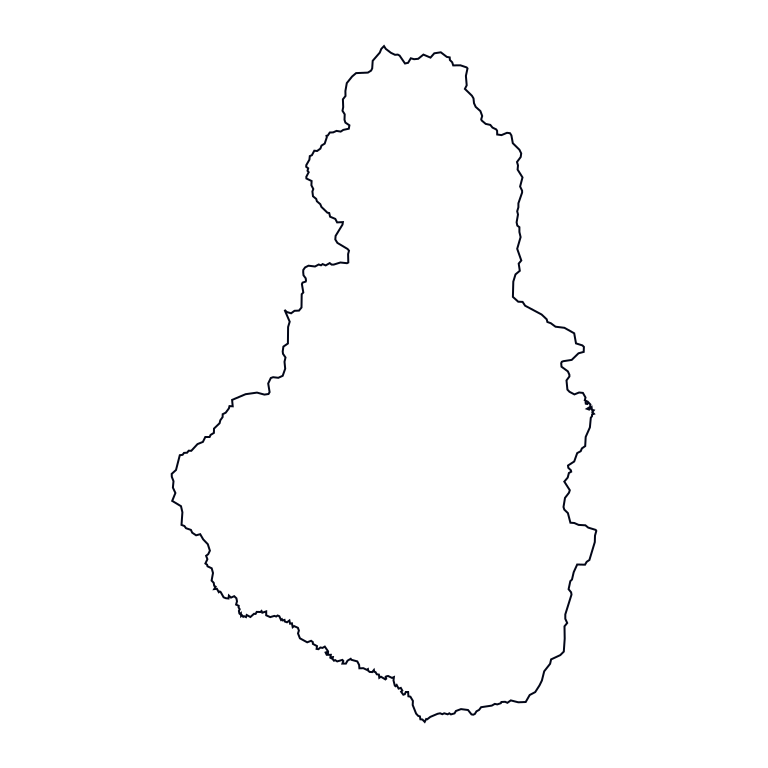 the district of Mae Suai, Chiang Rai, Thailand
{"feature_id": "78962969B62426032624456", "entity_name": "Mae Suai", "entity_type": "district", "adm_level": 2, "iso_a3": "THA", "parent_name": "Thailand", "parent_adm1": "Chiang Rai", "projection": "natural_earth1", "projection_center": [99.446, 19.72], "detail": "fine", "context": "isolated", "style": "outline", "palette": "ink", "viewbox_px": 768, "rotation_deg": 0, "n_neighbors": 0, "source": "geoboundaries", "source_scale": "gbopen_adm2", "svg_char_len": 6087}
<svg xmlns="http://www.w3.org/2000/svg" viewBox="0 0 768 768"><path d="M213.0,573.0L211.6,580.6L213.7,582.8L214.2,585.8L215.6,586.7L214.2,589.1L216.9,588.8L218.8,592.2L219.8,591.5L220.7,592.1L223.6,597.3L225.8,598.2L228.5,598.5L228.9,595.6L231.0,597.6L234.2,596.2L236.4,598.3L237.0,601.3L236.1,604.6L238.7,605.8L238.6,607.5L239.7,609.2L238.9,610.9L239.4,613.5L240.1,614.1L240.9,613.3L241.1,616.1L242.0,615.3L243.2,616.8L244.0,616.2L246.0,617.1L246.7,615.0L250.4,617.0L254.0,613.8L255.6,613.9L256.7,611.9L260.4,612.0L261.5,611.0L262.3,612.7L266.2,611.4L266.2,615.3L270.2,617.1L274.4,615.9L276.2,616.5L277.6,615.5L279.3,616.2L281.0,619.9L281.9,619.2L282.5,620.4L284.5,619.9L284.8,621.5L287.0,622.3L289.4,620.5L290.1,623.7L291.9,623.3L292.7,627.2L294.1,626.1L297.9,627.8L298.9,630.6L298.0,633.4L299.9,638.3L307.2,642.3L311.1,640.8L312.8,642.1L312.9,643.9L317.0,646.1L316.6,648.9L318.4,649.2L320.4,647.5L322.5,647.9L324.8,646.6L328.1,651.4L328.0,652.9L327.3,651.9L325.6,652.5L326.7,654.8L330.8,654.8L330.3,657.7L331.6,658.4L331.9,657.2L332.9,657.1L332.5,658.9L334.0,660.7L335.1,660.1L337.2,661.4L342.4,659.9L343.3,661.0L342.4,663.6L345.9,663.6L347.5,660.7L350.7,658.8L351.4,659.8L357.3,661.4L359.1,664.9L359.4,668.3L363.4,668.2L366.7,669.8L367.9,669.1L368.1,670.6L369.6,671.9L372.2,672.1L373.9,670.0L374.3,671.8L375.5,672.1L376.8,674.3L378.9,674.6L379.3,677.8L380.9,676.7L385.4,679.4L386.2,678.7L385.6,677.0L386.2,676.4L388.1,676.0L392.0,677.9L393.9,677.1L393.5,680.4L394.8,685.6L395.6,686.2L396.7,685.0L398.6,688.6L400.8,687.9L402.3,690.6L401.1,691.7L403.3,694.7L404.8,694.2L405.8,692.0L408.1,692.0L408.4,696.3L410.4,696.7L412.9,700.9L412.7,705.0L416.1,713.6L418.2,715.9L419.9,716.4L420.4,719.3L422.4,719.5L424.7,721.9L426.2,719.0L427.2,719.3L430.3,716.9L437.6,713.8L440.1,713.3L442.3,714.2L444.2,713.3L447.7,714.3L449.3,713.3L450.9,714.4L454.5,713.4L455.9,711.0L461.0,709.1L468.0,710.0L471.5,714.4L473.2,714.7L474.8,714.0L476.5,711.3L479.1,709.9L481.1,707.2L491.8,705.6L494.8,703.9L497.3,704.4L500.8,703.2L501.4,702.0L505.1,701.8L507.4,702.8L510.8,700.4L518.3,702.3L525.7,702.0L529.7,695.0L535.2,692.1L539.5,685.4L541.9,680.5L544.2,671.3L550.1,663.8L551.1,659.4L560.3,655.1L563.8,651.6L564.7,638.6L564.5,626.3L567.2,623.0L565.3,618.8L565.3,614.4L571.5,594.6L571.1,592.3L568.6,589.2L570.3,581.2L572.0,579.5L573.7,572.2L577.2,564.5L585.0,564.7L586.7,561.8L589.4,560.0L594.8,542.1L595.0,535.6L596.3,530.9L595.7,529.9L588.2,527.6L585.4,525.3L578.6,524.9L574.3,523.0L570.4,522.7L567.9,513.1L564.3,509.6L563.5,507.0L565.0,497.9L569.0,492.7L569.8,490.2L564.3,481.6L567.7,477.6L568.9,473.0L571.2,471.7L570.9,470.3L568.3,467.8L568.0,465.5L574.2,461.5L577.2,453.1L580.7,451.2L581.9,448.4L585.2,446.1L585.7,436.9L589.9,427.4L590.8,417.8L592.0,416.2L592.1,414.4L593.9,413.8L592.3,412.1L593.7,410.3L591.9,409.8L591.6,407.3L589.2,409.6L587.0,408.8L590.1,406.9L590.4,404.5L588.3,402.3L587.3,404.0L585.8,403.7L585.6,402.3L586.7,401.2L584.8,400.3L585.5,397.5L582.9,392.9L579.1,392.5L574.4,394.4L569.5,391.8L567.4,389.6L566.5,380.4L569.4,376.5L569.4,374.8L567.9,371.4L561.5,366.7L561.2,363.2L561.8,361.8L563.3,361.2L571.7,359.9L578.5,353.3L583.7,351.9L583.9,346.9L582.4,345.4L576.0,343.4L574.2,333.3L564.4,327.8L555.5,326.7L550.8,323.2L547.4,322.0L546.7,319.3L541.6,314.5L525.1,305.7L522.6,301.9L518.2,301.7L512.9,296.9L513.3,281.6L515.5,274.4L519.8,270.8L518.7,263.6L521.3,260.5L517.2,248.8L520.6,237.1L519.4,232.0L519.4,227.2L517.3,225.6L516.6,222.3L518.0,214.5L517.2,211.3L518.4,207.3L518.4,203.3L522.1,192.6L522.1,190.7L520.1,186.5L522.5,177.4L517.6,169.6L518.0,165.4L517.0,162.0L520.7,157.0L521.2,153.4L519.4,149.7L512.8,143.2L511.4,135.4L510.0,133.2L507.0,132.8L501.5,135.1L497.2,134.5L497.1,130.8L496.2,129.4L492.5,127.6L490.3,124.9L485.7,123.9L481.7,120.5L481.2,119.3L482.2,116.0L480.4,111.1L475.7,106.9L474.0,103.2L473.5,98.4L471.9,95.7L464.9,88.9L466.7,85.3L465.9,75.9L467.5,68.4L466.6,67.4L460.4,65.3L453.2,65.4L452.2,62.3L449.9,60.0L449.7,57.4L446.8,56.9L440.8,52.3L434.3,53.3L430.5,57.6L423.4,54.6L418.2,58.8L414.1,59.2L410.8,58.3L408.1,62.8L405.0,63.5L399.6,55.6L397.8,54.6L395.0,54.8L390.9,52.8L385.8,48.9L384.0,46.1L381.3,48.9L379.8,52.6L372.7,60.8L372.2,68.4L371.1,70.6L367.9,72.6L356.1,73.1L352.1,76.5L346.8,83.1L345.4,91.0L345.5,96.0L342.9,99.3L343.2,107.1L342.5,110.8L344.7,114.3L344.5,119.8L345.4,122.6L349.4,125.3L348.8,128.7L343.3,129.9L340.7,131.6L336.5,130.9L333.1,132.4L329.8,132.5L327.8,135.5L326.5,135.8L326.8,137.3L324.7,143.6L321.5,145.6L320.4,148.6L317.1,151.0L314.3,150.7L311.9,155.2L309.8,156.1L309.4,159.7L306.3,165.1L306.2,166.8L308.2,168.3L307.5,170.8L308.7,172.2L306.3,176.8L306.4,178.5L311.6,181.0L311.4,185.3L313.3,189.0L312.4,191.5L313.0,196.3L316.2,198.9L316.9,201.3L320.3,204.2L321.4,206.9L327.4,212.7L329.2,213.0L330.1,216.7L335.3,218.9L337.1,222.4L342.9,222.1L342.5,224.6L335.6,235.9L335.3,239.5L337.4,242.9L347.6,249.0L349.0,250.7L348.1,254.1L348.3,262.5L347.0,263.2L340.4,262.5L333.7,264.6L331.6,264.6L329.7,263.1L325.7,265.4L322.6,264.1L321.0,265.3L318.7,264.5L315.0,266.5L308.5,265.7L305.1,267.4L303.3,269.9L303.2,272.1L303.5,275.3L305.7,278.3L306.0,280.6L305.7,281.6L302.6,282.6L301.9,284.1L303.3,292.5L301.7,294.2L301.5,307.5L299.0,310.6L294.5,310.8L291.1,313.3L286.8,312.0L284.6,309.9L289.7,321.7L288.1,327.0L287.9,343.5L283.4,346.6L282.7,351.4L283.0,353.8L285.5,357.5L284.5,361.8L285.2,368.7L282.7,375.8L278.3,377.8L273.1,377.2L270.8,378.0L268.2,383.5L269.6,392.1L268.5,394.0L264.4,394.6L257.0,392.6L245.6,394.2L232.1,399.9L232.7,406.3L229.5,406.1L228.9,408.4L225.7,412.7L222.7,414.2L222.6,417.1L220.3,420.3L219.6,423.2L214.0,428.6L213.9,432.9L210.6,434.9L209.6,437.0L205.3,437.0L202.9,441.9L197.5,444.1L191.3,450.8L188.7,450.7L187.1,452.7L184.0,452.9L182.6,454.8L179.8,455.2L176.0,470.0L171.7,473.9L171.8,476.8L173.5,481.2L172.9,487.6L175.4,493.0L172.2,500.9L181.0,506.2L182.4,512.3L181.5,524.9L184.4,526.0L186.0,528.2L190.9,529.9L192.2,532.7L196.1,535.3L200.2,534.2L203.2,539.4L207.8,544.2L209.9,550.7L208.2,554.2L206.1,555.8L207.4,559.2L205.4,563.5L207.1,564.7L207.5,566.3L211.7,568.3L213.0,573.0Z" fill="none" stroke="#020617" stroke-width="2"/></svg>